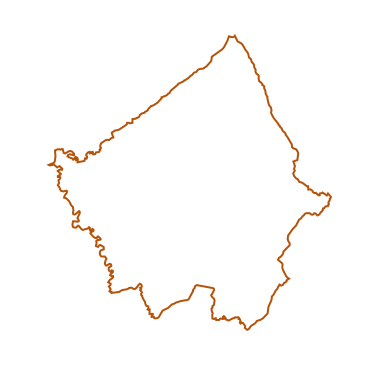 Purbalingga, Jawa Tengah, Indonesia, rotated 79°
{"feature_id": "22746128B86887436396051", "entity_name": "Purbalingga", "entity_type": "district", "adm_level": 2, "iso_a3": "IDN", "parent_name": "Indonesia", "parent_adm1": "Jawa Tengah", "projection": "albers", "projection_center": [109.403, -7.327], "detail": "fine", "context": "isolated", "style": "outline", "palette": "amber", "viewbox_px": 384, "rotation_deg": 79, "n_neighbors": 0, "source": "geoboundaries", "source_scale": "gbopen_adm2", "svg_char_len": 6013}
<svg xmlns="http://www.w3.org/2000/svg" viewBox="0 0 384 384"><g transform="rotate(79 192 192)"><path d="M300.7,124.5L299.6,123.8L300.9,122.3L300.4,120.3L298.8,119.0L298.6,117.5L297.5,116.1L296.8,116.1L295.6,113.3L294.0,114.9L292.6,115.6L285.4,117.7L283.0,117.7L280.2,116.9L279.2,117.1L274.9,120.5L273.1,119.1L272.8,117.9L271.5,115.9L269.9,114.4L267.8,113.5L262.9,106.3L261.2,105.9L258.2,106.9L256.2,107.0L253.1,106.0L247.4,100.0L244.8,96.3L239.5,92.1L238.7,90.1L236.8,88.0L236.3,86.7L235.1,85.6L234.6,84.1L235.2,80.6L237.0,79.0L237.3,78.0L237.1,77.0L236.2,76.2L236.3,75.6L236.8,74.7L238.9,73.4L238.4,71.4L236.1,69.0L236.0,68.3L234.5,66.9L234.2,67.1L233.1,66.4L233.1,65.4L231.7,63.8L231.8,61.3L231.1,61.1L230.3,60.0L228.5,60.2L225.9,58.1L225.0,58.1L223.9,56.7L223.2,56.6L219.4,58.8L221.1,60.3L217.4,64.0L217.9,64.8L217.9,66.9L218.5,67.3L219.5,67.3L219.6,67.9L218.9,68.9L216.4,70.6L216.6,71.6L216.0,72.5L215.0,73.4L213.8,73.5L212.0,75.2L211.8,77.4L208.5,77.0L208.5,77.9L204.0,81.9L202.5,84.8L199.3,85.9L198.8,87.0L195.9,88.7L193.1,89.1L190.6,87.0L188.8,87.4L186.2,86.0L181.4,86.6L180.7,82.5L174.6,80.4L173.6,80.4L171.3,81.0L169.7,81.9L168.5,84.3L167.1,85.2L164.2,85.0L155.8,88.0L153.7,89.2L152.5,89.1L150.7,90.0L149.8,91.0L147.7,91.8L146.7,91.7L145.2,93.0L143.5,93.3L143.0,94.1L141.7,94.2L135.2,97.6L130.1,99.2L129.0,99.2L127.1,98.4L124.1,98.4L121.3,99.8L117.9,100.1L113.9,100.1L113.1,99.8L110.0,100.9L106.4,100.7L103.7,101.4L102.4,100.9L101.4,101.3L100.5,102.5L99.7,102.3L98.0,103.1L96.0,104.9L93.0,105.0L91.5,104.4L90.0,104.4L88.0,106.3L85.9,106.7L84.2,106.2L81.3,107.1L78.8,106.9L77.2,107.5L76.1,108.5L72.7,108.8L71.0,110.3L67.0,110.5L65.6,110.9L62.5,112.5L57.5,114.1L55.7,115.1L52.9,118.5L47.0,120.1L47.5,120.5L47.8,122.5L47.2,124.4L46.2,126.0L50.3,128.4L55.8,132.8L57.6,134.9L63.0,146.7L67.1,148.1L71.5,153.9L73.0,157.7L72.7,161.1L73.3,163.1L75.0,164.9L75.2,167.3L77.1,169.5L77.9,171.6L79.1,173.1L80.8,177.0L81.0,178.4L81.7,179.1L83.2,184.9L84.0,185.5L88.4,193.4L90.7,195.3L90.9,196.6L92.3,198.5L93.2,203.6L93.6,203.4L94.5,204.4L97.9,209.1L99.6,213.4L99.9,215.9L102.6,219.5L103.6,220.1L104.3,222.7L105.1,223.3L105.3,226.0L106.3,228.4L107.9,229.3L108.8,231.3L108.7,232.4L109.3,233.4L109.1,236.6L112.7,237.2L112.8,239.7L111.9,241.2L111.7,242.5L113.3,243.2L116.7,251.3L117.1,253.3L116.9,255.5L118.2,259.1L118.7,259.5L123.5,258.8L123.6,260.6L125.2,263.4L124.5,265.6L124.6,266.7L126.8,271.9L128.9,273.2L131.3,273.4L131.5,273.1L132.7,274.5L133.3,274.1L135.0,275.7L134.8,278.7L136.3,279.8L136.3,281.8L135.7,282.1L135.5,281.7L133.7,281.8L133.7,283.3L134.6,283.3L134.6,284.9L133.1,284.9L133.2,286.3L134.6,288.3L135.7,288.9L137.4,288.2L138.3,288.5L139.2,289.2L138.5,290.4L141.0,291.7L141.0,298.7L139.6,298.5L138.7,299.1L138.6,297.9L136.9,297.9L136.1,298.4L135.7,299.2L138.0,300.3L137.2,300.8L136.1,300.5L137.5,302.5L136.4,302.9L134.6,306.0L133.2,307.4L132.1,306.7L131.6,304.9L133.4,300.9L131.9,300.5L129.4,302.1L128.5,303.8L128.5,305.0L130.0,309.3L129.1,310.5L125.3,310.7L124.9,311.3L125.4,313.0L124.7,314.2L124.5,316.3L125.1,318.6L130.9,319.2L136.1,321.0L137.1,322.4L138.1,327.4L138.8,326.5L138.7,322.3L142.1,319.7L141.3,317.1L144.4,314.9L145.4,315.4L144.8,317.7L145.8,319.8L149.3,317.3L149.8,317.7L150.8,320.7L151.7,320.8L152.1,318.8L152.7,318.5L154.1,319.4L155.0,320.9L157.7,320.7L159.7,322.4L162.2,321.2L164.5,320.9L166.0,320.2L166.9,318.0L166.7,315.1L167.4,314.5L169.1,315.2L170.9,317.4L173.1,318.7L174.2,316.7L177.5,314.4L182.3,313.0L183.9,311.8L187.4,311.9L189.9,312.9L191.2,312.7L191.7,311.6L191.6,310.8L189.2,306.5L190.0,306.0L191.2,306.1L195.7,309.4L198.2,308.6L199.1,308.8L199.3,309.8L198.0,314.2L200.8,315.5L203.5,315.6L204.5,314.3L204.8,312.5L203.3,310.4L203.5,309.8L207.6,307.4L208.4,306.4L207.9,301.0L206.9,299.9L207.1,299.4L207.8,299.1L209.9,299.5L210.8,299.1L210.9,298.3L209.2,296.9L210.6,295.8L211.4,296.2L212.4,299.0L213.1,299.7L216.8,297.6L218.5,296.0L219.2,294.4L217.7,293.2L217.8,292.5L220.2,290.8L221.0,290.7L221.4,291.3L221.2,293.8L221.9,295.4L223.6,295.3L226.7,296.6L228.0,294.7L226.5,293.0L226.6,292.0L229.1,289.2L231.4,289.5L232.0,292.7L232.9,293.6L234.4,294.2L236.1,294.2L237.4,293.8L238.2,292.7L238.7,289.8L240.8,288.8L241.4,288.7L242.8,290.0L245.0,291.0L246.3,291.1L247.7,290.6L247.9,289.7L246.8,286.6L247.4,285.5L248.4,285.2L249.3,285.4L250.3,288.1L252.3,288.6L253.6,288.2L255.0,287.0L253.6,285.8L254.0,284.9L255.2,284.8L256.0,285.4L257.3,287.9L258.0,288.3L259.3,287.1L259.4,285.6L260.3,285.6L261.4,286.5L262.5,289.3L264.6,291.5L266.7,289.3L267.8,289.9L268.9,291.6L271.7,290.4L273.8,292.0L274.4,291.4L274.5,290.1L275.7,290.3L276.2,282.7L274.9,279.1L275.1,274.7L274.9,273.3L274.3,272.5L274.2,270.7L274.4,269.6L276.1,267.7L276.4,266.8L275.5,264.8L273.5,262.8L272.1,260.7L272.8,259.8L273.7,259.3L275.2,259.3L276.0,260.1L276.2,261.2L277.5,260.4L278.3,261.6L280.9,260.2L282.4,261.5L283.4,261.5L284.3,260.7L285.3,260.9L289.3,259.8L290.6,259.1L293.0,259.1L295.1,258.5L296.0,256.7L297.7,256.9L298.9,258.0L299.4,257.4L299.3,256.0L303.6,257.0L304.2,253.8L305.0,253.9L306.1,255.4L306.9,255.5L307.3,253.3L308.7,253.1L309.1,252.0L309.1,249.6L308.4,248.4L302.8,243.5L301.3,237.7L298.6,233.3L298.0,229.7L297.5,229.0L296.9,223.5L297.1,217.2L296.7,215.8L289.4,209.8L288.4,209.7L286.6,207.6L285.1,207.0L284.3,205.1L290.3,189.8L291.5,188.9L292.3,189.0L295.9,191.6L296.9,192.9L298.7,192.4L300.9,190.8L302.8,190.5L307.1,192.1L307.9,193.7L309.4,193.9L310.1,195.1L313.3,195.3L314.8,194.8L316.6,195.6L320.1,196.1L320.9,194.6L320.4,192.8L322.3,192.7L322.8,189.9L321.6,188.2L322.5,185.9L322.6,184.6L321.9,184.2L321.2,185.6L320.5,185.4L319.9,184.4L321.7,183.3L323.6,183.0L325.2,180.7L323.7,175.7L323.9,174.6L323.3,173.8L323.9,170.3L324.4,169.9L325.6,170.4L325.9,169.3L328.3,169.0L329.0,169.9L329.7,169.9L330.5,169.2L329.8,167.8L330.3,167.0L333.7,165.4L335.5,166.0L337.8,164.2L337.4,162.5L334.7,159.6L332.9,154.9L331.0,153.0L330.5,149.0L329.4,146.3L325.7,141.0L319.2,138.8L313.2,134.6L309.8,133.5L308.5,131.7L304.5,128.4L303.2,126.6L301.6,125.7L300.7,124.5Z" fill="none" stroke="#b45309" stroke-width="2"/></g></svg>